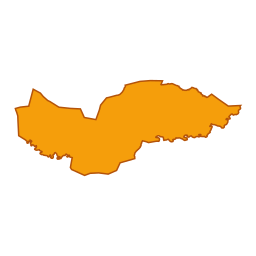 outline of Orxon, Bulgan, Mongolia
{"feature_id": "93677404B53654733143860", "entity_name": "Orxon", "entity_type": "district", "adm_level": 2, "iso_a3": "MNG", "parent_name": "Mongolia", "parent_adm1": "Bulgan", "projection": "equal_earth", "projection_center": [103.912, 48.721], "detail": "fine", "context": "isolated", "style": "filled", "palette": "amber", "viewbox_px": 256, "rotation_deg": 0, "n_neighbors": 0, "source": "geoboundaries", "source_scale": "gbopen_adm2", "svg_char_len": 5764}
<svg xmlns="http://www.w3.org/2000/svg" viewBox="0 0 256 256"><path d="M211.6,94.2L207.4,97.3L206.6,97.4L206.0,97.0L206.0,96.7L205.7,96.6L205.3,96.3L204.6,96.4L204.5,95.9L203.8,96.0L203.2,95.7L202.9,95.8L202.9,95.5L202.6,95.5L202.6,95.0L201.8,94.5L201.6,94.3L201.4,94.2L201.3,93.8L201.0,93.7L201.0,93.3L201.1,93.1L200.8,92.8L200.3,92.9L199.9,92.4L198.3,91.7L198.2,91.2L197.9,90.7L197.6,90.5L197.5,90.3L197.3,90.2L197.4,89.9L197.0,89.8L196.9,89.2L196.2,88.8L196.0,88.5L195.2,88.6L194.0,88.1L193.7,88.1L193.2,87.7L191.9,87.4L191.7,87.7L191.2,88.0L190.5,88.8L190.2,88.8L189.5,89.1L189.1,89.5L188.9,89.5L188.8,89.8L188.4,89.5L188.0,89.6L187.8,89.8L187.6,89.8L187.2,89.9L186.7,90.3L184.6,90.3L183.6,89.9L183.0,90.2L182.3,89.7L182.1,89.3L181.5,88.9L181.3,88.9L180.6,88.4L180.1,88.2L179.9,87.7L179.6,87.3L178.8,86.8L178.7,86.5L178.8,86.3L178.2,86.1L177.4,85.6L176.7,85.6L175.5,85.1L174.5,84.6L174.0,84.5L173.7,84.2L172.8,83.9L172.4,83.7L171.7,83.6L171.2,83.7L170.8,83.9L170.6,83.8L169.7,84.0L168.9,83.9L168.6,83.7L168.1,83.6L167.4,83.9L167.4,84.1L166.3,84.4L165.8,84.3L164.9,84.6L164.2,84.4L163.0,84.8L162.4,84.6L161.5,84.8L161.0,84.6L162.5,80.8L150.3,80.6L140.0,81.4L125.2,85.2L125.4,85.8L125.4,86.2L124.9,87.3L124.2,88.1L123.9,89.5L122.2,92.2L119.9,94.4L118.0,95.2L117.2,95.2L115.9,95.5L109.2,97.3L106.5,97.9L100.6,105.1L99.3,110.2L95.9,119.6L84.3,117.5L80.4,108.9L70.4,108.4L58.9,107.2L49.8,101.5L47.7,100.5L43.2,96.5L40.4,93.1L33.2,89.2L28.7,106.2L20.4,107.1L15.4,108.5L15.6,108.9L15.6,109.6L16.7,112.4L17.8,116.0L18.0,121.4L18.7,135.7L25.6,140.0L26.4,140.9L27.1,141.4L27.1,141.9L26.9,142.7L27.3,143.2L27.6,143.2L28.6,142.8L28.7,142.3L28.6,141.5L28.7,141.3L29.1,141.3L29.6,141.5L30.1,141.5L30.3,140.9L29.9,140.3L30.0,140.1L30.5,140.2L31.5,140.9L31.6,141.1L31.7,141.5L30.7,142.6L30.5,143.1L30.6,143.8L31.0,144.5L30.9,145.3L31.0,145.6L31.3,145.8L31.6,145.7L31.9,145.6L32.0,145.1L32.2,144.9L32.9,144.8L33.4,145.1L34.1,145.6L34.3,145.9L34.4,146.3L34.8,146.6L35.1,146.5L36.1,145.7L36.3,145.7L36.5,146.5L36.3,147.3L35.9,148.0L34.8,148.8L34.7,148.9L34.7,149.3L35.5,149.9L36.3,150.2L38.1,150.0L39.2,149.7L39.7,150.4L40.2,150.8L41.9,151.5L42.0,151.8L41.7,152.3L41.1,152.4L40.3,152.8L40.1,153.1L40.1,153.6L40.4,153.9L41.6,154.6L42.8,154.6L43.8,155.2L47.0,155.7L47.5,155.9L47.8,156.6L48.3,156.9L48.7,156.9L49.1,156.7L49.3,156.3L49.9,155.1L50.3,155.0L50.7,155.5L51.1,156.4L51.0,156.7L50.6,157.1L50.7,157.6L51.4,158.2L52.4,158.3L53.0,157.9L53.3,157.2L53.3,156.3L52.9,155.4L53.0,154.9L53.9,154.5L54.7,152.8L55.4,152.6L56.7,153.9L57.0,155.0L57.5,156.1L58.1,156.4L59.6,156.8L59.9,156.9L59.9,157.2L59.8,157.3L59.1,157.6L57.6,157.6L57.1,157.9L57.0,158.2L57.2,158.7L57.5,159.1L57.9,159.1L58.8,159.1L59.4,159.0L60.1,158.6L60.9,158.5L61.9,156.9L62.6,156.1L63.7,155.4L65.0,155.5L65.2,155.3L65.5,154.7L66.1,154.1L66.5,154.2L67.4,155.0L67.4,155.6L66.8,156.5L67.1,156.9L67.6,157.0L68.2,156.7L68.4,156.5L68.4,156.0L68.3,155.4L68.7,155.2L69.3,155.2L69.5,155.6L69.6,156.5L69.8,157.0L72.2,157.6L70.4,167.5L71.6,169.5L84.6,175.4L90.2,173.3L98.7,172.9L108.2,174.1L116.6,170.4L120.1,162.8L134.8,158.6L134.7,156.5L134.4,156.1L134.3,155.5L134.4,155.0L134.8,153.8L134.8,153.3L135.1,152.6L135.9,151.7L136.5,150.8L137.1,150.5L137.5,149.9L138.5,149.2L138.8,148.7L139.1,148.5L140.0,147.5L140.2,147.2L140.1,146.9L140.6,146.5L140.7,146.1L141.1,145.1L141.0,144.9L141.0,144.1L141.5,143.6L141.5,143.2L141.6,142.7L141.8,142.3L141.9,141.8L142.3,141.4L142.5,140.8L146.2,141.7L148.5,142.6L155.3,141.4L156.9,141.2L158.8,141.3L159.0,141.1L159.5,139.8L159.4,138.8L159.2,138.3L158.7,137.9L157.9,137.7L156.3,137.5L155.9,137.4L155.9,137.2L156.0,136.9L156.2,136.6L156.7,136.4L157.5,135.9L158.5,135.7L159.1,135.8L161.0,136.9L161.8,136.7L162.7,137.0L163.1,137.2L163.4,137.9L163.7,140.1L163.9,140.4L164.3,140.3L164.9,140.0L165.7,140.1L166.3,140.0L168.1,139.2L168.5,139.4L169.8,141.0L170.9,141.7L171.4,141.8L172.3,141.7L172.9,141.5L173.1,141.1L173.2,140.8L173.2,140.4L172.8,140.0L172.9,139.6L173.7,139.3L174.5,139.4L174.9,139.3L175.2,139.0L175.7,138.7L175.9,138.0L176.1,137.8L176.7,138.1L177.3,138.0L178.0,138.1L179.0,137.8L180.2,138.1L180.7,138.3L181.3,138.7L182.5,138.9L183.2,139.6L184.5,140.4L185.1,140.4L186.0,140.0L186.7,140.0L187.2,139.6L187.3,139.0L187.1,138.6L186.3,137.9L185.3,137.4L184.5,137.4L184.1,137.3L183.9,136.7L184.0,136.3L184.7,135.5L185.2,135.2L185.8,135.1L186.2,135.1L186.4,135.3L187.0,135.2L187.4,135.4L187.5,135.7L187.1,136.2L187.1,136.4L187.3,136.7L187.8,137.0L188.3,137.1L189.4,136.8L190.2,136.1L191.2,135.9L191.4,136.0L192.1,136.8L193.2,137.4L194.5,137.6L194.9,137.5L195.3,137.1L196.1,136.7L197.4,136.4L198.8,136.9L199.3,136.8L199.5,136.5L198.9,134.9L198.9,134.6L200.3,134.4L200.8,134.6L200.8,134.9L200.0,135.1L199.9,135.2L199.9,135.9L200.1,136.2L200.4,136.4L203.3,136.6L204.3,136.4L205.4,137.2L206.0,137.2L207.1,136.5L207.1,135.9L206.9,135.4L207.6,134.9L208.3,133.6L209.7,132.8L210.2,132.2L209.9,131.6L209.9,131.3L210.3,130.9L211.1,129.6L211.2,128.6L211.9,127.7L212.1,126.6L211.4,125.9L211.0,125.9L210.2,126.4L209.9,126.4L209.9,126.2L210.2,125.7L210.8,125.3L211.0,124.2L211.4,123.8L212.8,124.6L214.3,124.6L216.4,125.3L217.5,125.9L219.1,126.1L220.3,126.4L220.9,126.8L221.5,127.7L221.9,128.0L223.3,128.0L223.9,127.5L224.3,127.0L224.3,125.6L224.7,125.2L226.5,124.4L227.7,122.4L228.0,120.4L227.3,119.8L226.1,119.5L226.1,119.3L226.3,118.9L227.1,118.4L227.8,118.9L228.5,119.1L229.0,119.1L230.1,118.7L229.9,117.9L229.6,117.5L229.1,117.1L228.9,116.9L228.9,116.7L229.9,115.5L231.3,114.2L232.1,114.0L233.2,115.0L233.5,115.1L234.5,114.6L235.2,114.4L236.1,114.7L237.8,113.9L238.3,113.3L238.7,112.5L238.4,111.3L238.5,110.3L240.0,109.2L240.4,108.8L240.6,108.2L240.5,107.8L240.1,107.0L240.1,106.8L240.2,106.0L240.6,105.5L228.3,106.1L218.8,99.5L211.6,94.2Z" fill="#f59e0b" stroke="#b45309" stroke-width="1.5"/></svg>